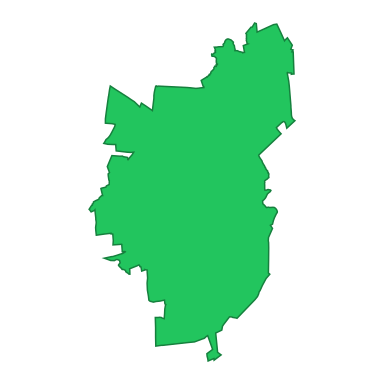 Tarimoro, Guanajuato, Mexico (Natural Earth projection)
{"feature_id": "50627088B52975433563900", "entity_name": "Tarimoro", "entity_type": "district", "adm_level": 2, "iso_a3": "MEX", "parent_name": "Mexico", "parent_adm1": "Guanajuato", "projection": "natural_earth1", "projection_center": [-100.75, 20.293], "detail": "fine", "context": "isolated", "style": "filled", "palette": "green", "viewbox_px": 384, "rotation_deg": 0, "n_neighbors": 0, "source": "geoboundaries", "source_scale": "gbopen_adm2", "svg_char_len": 5822}
<svg xmlns="http://www.w3.org/2000/svg" viewBox="0 0 384 384"><path d="M110.3,86.0L109.6,89.3L108.5,96.9L108.4,96.9L107.4,103.9L106.3,111.9L105.4,118.8L105.4,123.2L112.2,123.7L115.2,124.4L114.9,125.9L114.5,127.0L111.9,132.1L110.0,135.5L108.6,137.3L107.6,138.3L106.1,139.5L105.8,139.9L105.0,141.5L103.8,143.4L107.9,144.3L113.0,144.5L115.7,144.5L116.0,148.5L116.2,150.9L127.2,152.2L130.4,152.4L133.7,152.2L132.0,154.9L130.0,157.2L127.7,160.2L127.9,158.9L127.8,158.0L127.4,157.4L123.5,156.7L122.4,156.1L120.1,156.2L111.9,155.6L107.3,166.6L109.5,172.6L108.1,174.0L108.3,174.6L108.2,175.0L108.3,176.1L108.9,180.2L109.3,180.5L109.2,184.5L106.4,185.9L105.9,187.1L101.1,188.3L100.9,188.5L102.6,195.5L101.9,195.5L101.3,195.9L99.3,197.8L99.0,198.9L97.9,199.7L96.2,200.4L93.5,201.9L93.4,202.8L92.9,203.8L92.3,204.1L92.3,205.2L91.8,205.3L91.3,205.9L89.1,209.3L90.0,210.3L91.1,211.9L94.7,210.3L94.9,210.0L95.8,218.1L95.8,219.4L96.2,222.0L96.2,222.8L96.1,223.9L95.6,227.5L95.8,230.4L96.3,235.2L104.7,234.0L110.9,233.3L110.8,233.8L112.8,234.1L113.3,240.6L113.0,244.9L121.7,244.3L121.8,244.4L121.8,245.2L122.2,250.5L122.2,251.6L122.3,251.8L123.3,251.6L124.6,251.5L125.1,251.6L125.3,251.8L123.0,253.3L113.0,256.5L112.0,256.6L111.6,256.6L104.3,258.2L110.7,260.5L114.5,260.6L115.9,259.7L117.1,259.5L118.1,259.8L119.4,260.4L119.7,260.7L119.7,261.2L120.1,262.6L120.0,263.0L119.9,263.0L118.5,265.0L118.5,265.3L119.3,266.4L121.7,268.7L122.0,269.4L122.6,269.5L123.5,269.5L123.9,269.6L125.5,270.5L125.7,271.5L125.8,271.8L126.4,272.0L127.2,272.8L127.6,272.9L128.3,273.5L128.6,273.6L129.0,274.2L129.9,274.2L129.8,270.6L129.6,268.8L136.9,265.9L139.0,264.9L139.3,265.2L139.6,265.5L139.7,266.0L140.0,266.7L140.2,266.8L140.7,266.8L141.0,267.0L141.7,271.1L145.2,269.9L145.1,269.6L147.2,270.1L147.2,271.5L147.2,272.2L147.6,278.1L147.3,280.9L147.1,283.1L147.4,290.1L147.8,292.5L148.4,296.0L148.9,300.2L149.7,301.0L150.9,301.5L151.5,301.5L152.1,301.8L153.5,302.1L156.0,301.5L159.0,301.2L160.4,301.0L164.5,300.1L164.8,303.2L165.0,304.0L165.8,304.5L165.4,305.6L164.8,309.1L164.6,313.5L164.2,318.7L162.2,318.1L161.4,317.5L160.6,317.4L159.2,317.3L158.4,317.5L155.3,317.5L155.6,327.8L155.6,337.5L155.8,346.1L161.5,345.3L163.0,345.3L188.2,342.5L194.5,341.9L203.3,338.6L203.7,338.6L204.4,338.2L204.7,337.8L205.1,337.7L205.6,337.1L206.0,336.7L207.7,335.6L212.6,349.4L206.9,353.7L207.1,356.2L207.8,358.9L208.1,361.0L213.9,358.5L214.1,360.2L221.1,354.9L217.6,352.3L215.7,333.0L221.8,330.1L222.5,326.2L223.7,324.4L229.5,316.8L232.0,317.0L232.6,317.4L236.3,318.0L237.0,318.3L255.0,299.6L257.5,296.5L258.6,294.0L259.2,291.7L260.0,290.7L262.4,285.4L266.1,278.5L269.8,274.2L268.4,273.0L268.6,259.1L268.7,247.9L268.6,242.6L268.3,240.8L268.5,237.5L272.5,228.4L270.4,225.3L272.5,224.2L273.4,220.6L274.4,217.8L276.4,213.7L277.2,212.6L277.3,211.3L276.5,209.5L275.5,208.3L274.4,207.5L273.0,207.3L269.5,207.5L268.6,207.2L268.1,207.2L266.7,207.6L266.4,207.5L264.6,205.4L262.8,203.7L262.6,200.8L264.1,199.6L265.2,198.3L265.8,197.4L267.4,194.0L268.7,192.8L270.3,191.6L270.9,190.4L270.0,189.8L269.0,189.8L268.2,189.5L267.6,189.6L266.8,190.0L266.1,190.2L264.8,190.0L264.7,188.2L264.7,184.7L264.5,183.9L264.8,182.7L264.6,181.5L264.8,180.6L265.6,180.2L265.8,179.9L267.2,179.1L267.9,178.2L268.5,177.9L268.8,177.6L268.9,177.3L268.7,176.4L268.7,175.0L268.9,174.3L268.8,173.7L268.6,173.4L268.3,173.3L268.1,173.1L268.0,172.9L268.2,172.4L267.9,172.1L267.7,171.8L267.6,170.9L266.9,170.5L266.5,169.6L266.0,169.3L265.7,168.1L265.6,167.9L265.2,167.7L265.0,167.4L265.0,166.9L264.7,166.4L264.3,165.4L263.8,164.9L263.3,163.9L262.9,163.5L262.8,163.0L262.3,162.1L262.0,160.9L260.0,158.0L259.1,156.5L258.7,155.1L281.1,133.8L279.7,132.3L277.2,129.2L276.4,127.6L281.7,122.6L282.2,122.4L283.1,121.6L284.2,121.6L285.1,122.5L285.8,124.2L286.8,128.2L294.9,120.7L294.4,120.4L293.2,119.3L292.4,118.4L292.0,117.4L291.7,116.6L291.5,115.5L291.4,114.5L291.3,112.0L290.9,107.2L290.9,105.8L289.3,86.3L288.7,81.0L287.2,72.9L287.4,72.5L288.3,72.8L291.4,73.1L291.3,74.3L292.3,74.1L294.0,74.0L293.2,51.9L292.0,51.8L293.1,50.0L290.8,49.3L292.3,45.2L287.4,37.8L285.5,39.6L284.5,40.8L280.9,32.8L277.9,26.4L276.8,24.1L273.6,24.6L257.1,32.1L256.3,23.6L254.6,23.0L252.2,27.1L251.0,27.2L245.9,33.4L245.9,33.6L246.1,33.7L246.3,34.0L246.6,34.7L246.4,35.9L246.5,36.2L246.4,37.2L246.6,38.0L246.6,38.3L246.3,38.6L246.5,39.5L246.3,40.3L246.8,41.9L247.1,43.5L247.5,43.8L247.8,43.9L243.3,45.6L244.5,52.4L244.0,52.4L242.8,52.8L242.7,52.4L239.9,51.7L239.2,51.6L237.9,50.9L237.4,50.7L234.9,50.6L235.1,49.4L234.6,47.6L234.4,45.8L233.6,44.5L233.1,43.5L233.2,42.7L233.4,42.2L231.1,40.0L228.5,39.0L227.8,38.9L227.3,39.2L226.6,39.3L225.8,40.0L225.4,40.5L224.9,41.4L224.6,42.7L224.2,43.3L223.9,43.7L223.5,43.9L223.1,44.4L223.4,45.3L223.3,45.8L222.9,46.6L218.4,46.8L216.4,47.2L216.2,47.1L214.3,47.2L215.0,48.8L215.5,50.5L214.9,51.0L215.6,52.1L215.3,52.5L214.0,53.2L214.0,53.5L212.7,54.3L211.8,54.0L211.6,54.8L211.8,55.3L211.9,56.1L212.4,56.3L212.9,56.2L213.8,56.4L214.2,56.3L215.3,57.1L215.6,57.6L215.9,57.8L216.2,57.9L216.4,58.1L216.5,58.6L216.2,61.3L216.5,61.8L216.3,62.4L216.6,63.0L216.5,63.4L217.0,64.3L217.4,64.2L217.4,64.7L216.7,64.8L216.2,64.9L216.3,65.1L216.0,65.4L216.2,66.4L214.7,66.3L214.7,66.6L213.9,67.6L213.9,68.0L214.0,68.2L213.9,68.8L213.6,69.4L213.2,69.6L212.4,70.7L212.0,70.9L211.4,71.3L210.8,72.4L210.8,72.9L210.8,73.3L210.5,73.8L210.1,74.0L209.5,74.2L209.5,75.1L209.0,74.9L207.2,77.1L206.8,76.8L206.3,77.3L201.2,80.4L203.2,86.4L203.5,86.3L203.7,86.5L203.9,87.6L200.4,87.9L198.4,88.2L195.8,88.4L190.5,87.8L187.0,87.5L158.1,86.1L157.5,86.5L157.4,86.5L156.7,86.3L156.6,86.0L156.3,85.9L155.7,86.2L154.5,91.3L154.2,93.1L153.9,95.6L153.9,98.2L152.7,108.1L152.4,110.6L145.4,105.7L144.9,105.4L141.4,103.1L139.8,107.0L134.3,101.7L130.9,99.5L127.9,97.4L115.4,89.4L110.3,86.0Z" fill="#22c55e" stroke="#15803d" stroke-width="1.5"/></svg>